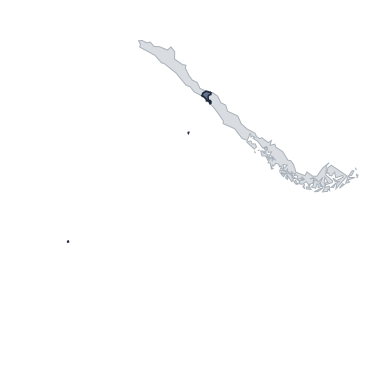 where Valparaíso sits in Chile, rotated 304°
{"feature_id": "CHL-2699", "entity_name": "Valparaíso", "entity_type": "Region", "adm_level": 1, "iso_a3": "CHL", "parent_name": "Chile", "parent_adm1": "", "projection": "mercator", "projection_center": [-76.99, -30.119], "detail": "fine", "context": "in_parent", "style": "filled", "palette": "slate", "viewbox_px": 384, "rotation_deg": 304, "n_neighbors": 0, "source": "natural_earth", "source_scale": "10m", "svg_char_len": 5908}
<svg xmlns="http://www.w3.org/2000/svg" viewBox="0 0 384 384"><g transform="rotate(304 192 192)"><path d="M282.9,67.6L285.4,66.9L287.5,63.1L289.7,66.0L290.3,71.0L293.0,73.6L291.4,79.0L294.3,83.9L296.0,92.4L300.5,93.4L298.7,99.2L292.4,103.2L292.3,113.1L293.7,116.0L291.0,117.1L286.8,124.4L284.9,129.8L285.8,134.9L282.3,140.7L284.6,153.3L285.9,153.8L285.8,159.6L282.1,166.1L282.9,171.3L278.8,176.3L280.6,187.4L276.1,194.7L275.0,202.5L276.0,211.2L273.9,214.9L274.1,218.3L276.0,219.5L275.6,227.7L279.0,229.0L274.3,230.6L278.0,233.9L276.0,236.5L276.2,244.5L272.0,253.8L273.2,256.5L271.5,260.9L266.5,267.2L268.7,276.5L272.9,276.1L272.6,283.1L274.8,286.7L285.2,287.0L293.0,289.4L288.9,288.7L280.9,293.5L279.9,302.2L278.3,303.1L272.5,298.5L275.0,297.5L275.8,299.6L278.7,293.8L273.2,296.6L271.8,299.4L269.2,297.6L270.9,293.4L277.2,292.1L271.0,291.5L268.9,296.1L266.2,294.1L268.3,292.9L268.9,291.1L264.3,292.4L262.8,288.0L265.2,288.9L270.6,286.5L271.0,290.0L272.0,289.1L271.9,284.5L268.6,282.4L271.6,285.3L266.8,287.3L263.3,284.3L264.6,280.9L260.1,279.2L258.7,276.0L260.8,275.9L261.0,273.4L263.6,277.2L265.3,278.2L266.1,274.5L264.4,277.2L263.3,275.5L264.6,274.7L261.1,272.1L264.5,270.5L262.8,267.4L265.2,267.4L263.8,266.0L264.7,262.7L262.4,265.7L262.6,259.4L264.3,258.4L261.9,258.4L261.3,254.8L267.5,255.9L265.8,252.1L263.2,254.5L260.9,252.5L263.6,251.6L261.8,250.4L263.5,248.5L262.7,245.5L259.1,245.1L259.2,243.4L256.4,244.8L256.9,246.6L255.5,244.9L259.6,240.8L258.8,238.7L263.5,237.9L264.6,235.2L264.2,240.0L262.3,241.2L264.5,240.7L265.7,238.2L265.1,243.8L266.4,238.8L265.7,235.7L269.8,235.5L267.4,233.0L271.2,229.3L271.2,228.1L268.1,226.2L270.8,218.1L270.7,212.6L272.5,213.5L272.1,210.7L270.4,210.2L272.8,208.4L273.0,207.4L265.7,209.0L264.4,203.7L268.3,191.9L266.1,179.5L268.4,178.4L273.5,165.1L277.5,149.9L276.2,137.6L278.2,131.8L277.2,127.5L281.7,112.3L283.0,96.5L281.9,94.8L284.6,84.9L282.9,67.6ZM292.1,292.5L292.0,311.7L275.2,309.5L280.9,307.0L283.4,308.8L280.6,305.1L282.3,300.9L282.2,305.4L288.9,309.1L290.0,307.7L284.2,303.2L288.3,299.1L283.3,298.7L282.7,296.2L284.3,295.0L283.0,293.3L288.0,291.1L292.1,292.5ZM265.5,220.3L262.3,219.5L264.1,209.4L267.3,212.2L265.4,214.9L267.2,217.4L265.5,220.3ZM261.5,260.7L261.3,270.6L259.8,268.3L260.6,265.9L258.8,269.3L256.3,268.9L259.7,260.5L261.5,260.7ZM285.1,314.4L293.0,312.7L292.2,314.5L295.1,318.9L289.2,314.6L288.1,317.1L285.1,314.4ZM265.7,227.8L264.3,229.2L265.6,234.2L263.8,234.6L261.1,229.7L264.4,226.0L265.7,227.8ZM269.9,299.6L273.6,302.5L270.2,305.3L270.7,303.0L268.4,304.0L265.1,300.2L269.9,299.6ZM273.6,304.6L279.8,306.3L274.9,306.8L273.6,304.6ZM300.1,314.4L295.0,315.1L293.8,312.9L299.3,312.9L300.1,314.4ZM261.4,259.4L259.6,259.6L257.9,255.0L260.1,253.6L261.4,259.4ZM258.3,259.6L255.8,259.3L257.1,254.9L258.3,259.6ZM270.7,228.6L267.4,230.6L268.2,227.5L270.7,228.6ZM260.1,283.9L261.6,286.7L260.7,289.3L258.6,285.2L260.1,283.9ZM260.6,293.3L266.1,296.1L268.8,298.5L262.9,296.2L260.6,293.3ZM263.1,236.7L260.8,237.1L262.7,233.5L263.1,236.7ZM277.6,312.1L282.9,312.2L283.5,314.1L277.6,312.1ZM258.6,261.3L257.1,263.8L255.8,264.1L256.1,261.5L258.6,261.3ZM259.8,271.4L257.9,273.6L256.8,273.3L257.5,270.6L259.8,271.4ZM261.4,280.9L258.9,281.9L257.7,283.8L258.4,281.0L261.4,280.9ZM257.6,275.4L256.9,274.4L258.6,274.7L257.6,275.4ZM266.2,230.9L265.3,229.7L265.5,229.0L266.2,229.4L266.2,230.9ZM263.6,285.9L262.6,286.1L261.9,284.7L263.6,285.9ZM259.6,252.9L257.8,252.9L259.5,252.6L259.6,252.9ZM298.6,318.4L298.8,320.2L297.6,319.5L298.6,318.4ZM263.6,223.7L264.6,224.4L263.6,224.0L263.6,223.7ZM297.9,320.6L296.2,320.9L296.1,320.7L297.9,320.6ZM303.0,314.6L302.8,315.5L302.4,315.2L303.0,314.6ZM239.1,155.6L238.6,156.2L239.1,155.6ZM260.5,221.6L260.1,222.3L260.0,221.9L260.5,221.6Z" fill="#d9dde1" stroke="#a8b0b8" stroke-width="1"/><path d="M283.7,147.8L283.8,147.9L283.7,148.4L283.8,148.6L284.0,148.7L284.2,148.9L284.2,149.0L284.3,149.4L284.1,149.4L284.1,149.5L284.1,149.8L284.2,150.4L284.3,150.6L284.6,150.9L284.7,151.1L284.8,151.2L285.0,151.3L284.9,151.5L284.8,151.9L284.8,152.0L284.7,152.0L284.4,152.3L284.5,152.4L284.2,152.4L283.8,152.8L283.5,153.1L283.3,153.1L283.2,152.9L283.0,152.7L282.9,152.6L282.6,152.5L281.8,151.9L281.6,152.0L281.4,152.0L281.2,151.8L280.9,151.8L280.5,151.9L280.4,151.9L280.1,152.0L279.6,152.3L277.5,154.1L277.5,154.4L277.5,154.7L277.9,155.2L278.0,155.6L278.0,155.9L278.0,156.1L277.9,156.2L277.8,156.3L277.7,156.4L277.7,156.6L277.8,156.9L277.8,157.0L277.7,157.0L277.4,157.1L277.2,157.2L276.9,157.6L276.1,158.1L275.9,158.0L275.9,157.9L275.7,157.9L275.3,157.8L275.4,157.7L275.5,157.2L275.6,156.9L275.8,156.8L275.8,156.7L276.0,156.7L276.3,156.5L276.4,156.4L276.5,156.1L276.5,155.8L276.5,155.6L276.6,155.4L276.5,155.1L276.2,154.7L276.2,154.4L276.3,154.3L276.4,154.2L276.3,153.9L276.2,153.7L276.1,153.1L276.0,152.7L275.9,152.7L276.0,152.6L276.3,152.6L276.3,152.4L276.4,152.2L276.5,152.2L276.8,152.2L276.9,151.9L277.0,151.8L277.0,151.7L277.1,151.4L277.1,151.1L277.0,150.8L277.0,150.7L277.3,150.6L277.2,150.3L277.4,150.2L277.5,150.1L277.5,149.8L277.5,149.6L277.5,149.4L277.4,149.2L277.5,149.0L277.6,148.9L277.6,148.5L277.6,148.4L277.7,148.2L277.4,148.0L277.4,147.9L277.4,147.6L277.3,147.4L277.2,147.4L277.0,147.2L277.5,146.3L277.5,146.2L277.8,146.3L278.1,146.4L278.7,146.0L278.8,145.9L279.1,145.8L279.6,146.1L279.8,146.1L279.9,145.8L280.1,145.7L280.2,145.8L280.7,146.0L280.8,146.0L281.0,146.0L281.3,146.1L281.7,146.5L281.9,146.6L282.2,146.7L282.4,146.8L282.5,147.1L282.8,147.2L283.0,147.2L283.3,147.2L283.3,147.3L283.3,147.5L283.5,147.7L283.7,147.8ZM82.2,116.7L82.2,116.8L81.9,117.0L81.7,117.0L81.4,117.2L81.2,117.2L81.2,117.3L81.0,117.2L81.2,116.8L81.2,116.7L81.3,116.6L81.5,116.5L81.8,116.7L82.0,116.8L82.0,116.7L82.2,116.7ZM239.6,155.8L239.7,156.0L239.4,156.1L239.2,155.9L239.1,156.0L238.9,156.0L238.7,156.1L238.8,155.8L239.0,155.8L239.0,155.7L239.3,155.6L239.4,155.8L239.5,155.8L239.6,155.8Z" fill="#64748b" stroke="#1e293b" stroke-width="1.5"/></g></svg>